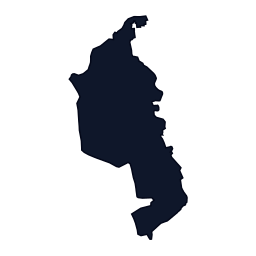 Ar-Rastan, Homs (Hims), Syria, rotated 89°
{"feature_id": "27442178B10190550865888", "entity_name": "Ar-Rastan", "entity_type": "district", "adm_level": 2, "iso_a3": "SYR", "parent_name": "Syria", "parent_adm1": "Homs (Hims)", "projection": "orthographic", "projection_center": [36.766, 34.897], "detail": "fine", "context": "isolated", "style": "filled", "palette": "ink", "viewbox_px": 256, "rotation_deg": 89, "n_neighbors": 0, "source": "geoboundaries", "source_scale": "gbopen_adm2", "svg_char_len": 4301}
<svg xmlns="http://www.w3.org/2000/svg" viewBox="0 0 256 256"><g transform="rotate(89 128 128)"><path d="M239.6,107.9L239.5,106.5L235.1,105.9L232.0,106.2L227.4,101.0L223.8,96.9L222.4,93.1L221.5,90.3L219.7,88.0L213.7,80.6L213.4,80.3L213.4,80.2L212.4,79.4L211.7,78.3L211.4,78.0L211.0,77.6L210.2,76.7L209.4,76.5L209.2,76.5L207.0,74.6L206.4,73.4L205.8,72.0L203.9,71.5L203.3,70.6L201.8,70.4L200.4,70.4L200.2,70.3L198.7,70.2L197.2,70.6L196.9,70.8L196.6,70.9L195.6,71.7L195.4,71.8L194.5,72.4L194.0,72.7L193.2,73.5L192.6,73.6L191.4,74.3L190.6,74.7L190.4,74.9L189.9,75.0L189.5,75.2L189.4,75.3L189.0,75.5L185.1,76.0L180.5,76.6L178.8,74.1L171.4,77.2L168.7,75.8L165.7,78.3L165.3,78.7L159.2,83.9L158.1,84.9L155.6,85.7L154.1,84.1L152.8,84.8L152.6,86.0L151.4,84.8L149.5,83.8L147.7,84.4L147.2,85.4L147.3,85.7L147.7,86.7L148.5,90.6L143.5,92.2L142.7,92.5L142.1,92.8L141.4,93.1L140.5,93.4L139.1,94.1L137.7,95.3L136.8,95.4L136.6,95.5L135.9,95.4L135.3,95.4L135.5,93.5L134.7,94.0L133.4,93.5L132.6,93.4L131.7,93.5L131.2,93.8L130.7,93.5L129.0,90.8L127.6,91.3L122.6,90.8L119.9,92.8L117.9,99.5L117.1,100.3L116.8,100.6L116.5,100.9L116.3,101.0L116.2,101.1L116.2,101.3L116.0,101.5L115.7,101.7L115.1,101.7L114.8,101.7L114.7,101.7L114.5,101.8L114.4,101.8L114.0,101.8L113.8,101.8L113.6,101.8L113.4,101.8L113.1,101.9L112.9,102.0L112.7,102.0L112.3,102.0L112.1,102.0L111.8,101.9L111.7,101.8L111.5,101.6L111.3,101.4L111.0,101.1L110.9,100.9L110.9,100.7L111.0,100.0L111.1,99.4L111.2,98.9L111.3,98.6L111.2,98.0L111.1,97.6L110.9,97.5L110.7,97.3L110.6,97.1L110.4,97.0L110.1,96.9L109.5,96.9L109.0,96.9L108.5,97.0L107.9,96.9L107.4,97.1L107.2,97.2L107.0,97.3L106.7,97.4L106.2,97.6L106.0,97.8L105.9,97.9L105.8,98.1L105.9,98.3L106.0,98.5L106.0,98.9L106.0,99.6L106.0,100.2L106.1,100.8L105.9,102.3L105.9,102.6L105.6,102.8L104.3,103.1L104.0,103.4L103.6,103.5L103.2,103.8L102.6,103.7L102.2,103.7L102.0,103.3L102.0,103.1L101.7,102.4L101.4,101.2L101.0,100.3L101.3,97.0L101.3,96.3L101.2,95.7L100.7,95.4L100.0,95.1L97.6,94.2L94.9,93.0L93.9,92.9L92.7,93.1L92.0,93.9L90.9,96.4L90.0,97.6L87.9,99.6L85.8,100.8L83.6,100.9L80.1,99.3L78.7,98.9L75.7,100.1L73.9,101.4L67.4,108.1L65.6,111.3L63.6,112.1L61.3,115.8L57.4,117.2L56.6,120.7L56.5,122.1L54.2,123.0L50.2,123.2L44.3,124.4L42.2,124.8L39.9,123.9L39.8,122.7L39.0,121.8L38.4,121.6L37.7,120.0L37.6,119.4L36.3,119.5L34.6,119.8L34.4,119.8L33.5,119.9L33.3,119.9L31.5,120.1L30.2,120.3L30.2,120.0L28.7,120.0L28.7,120.8L28.8,122.1L28.9,122.8L27.3,122.9L25.6,122.5L25.0,122.4L24.6,123.0L24.3,123.4L23.7,123.5L23.7,122.6L23.3,121.9L22.9,120.9L21.1,120.4L21.1,119.2L22.0,119.1L23.3,118.8L23.1,117.8L24.7,117.6L25.7,117.5L26.6,117.4L27.5,117.3L27.3,114.8L27.4,113.8L26.4,113.9L26.0,114.0L25.9,112.4L26.0,110.2L24.6,110.3L24.6,108.5L23.8,108.4L22.5,108.5L21.0,108.6L20.6,107.4L20.4,106.6L16.4,108.3L17.0,114.2L16.8,120.0L18.9,125.8L22.4,129.2L25.2,130.3L28.4,132.2L30.0,134.5L31.3,136.4L32.8,137.5L32.1,139.4L32.3,139.6L33.0,140.1L33.7,140.6L34.6,141.2L39.3,140.9L39.3,141.1L38.8,145.4L39.0,145.7L45.5,154.0L45.9,154.9L46.7,156.9L48.6,161.4L51.8,162.8L55.6,164.0L58.5,164.0L61.7,164.2L63.9,164.9L65.9,165.7L67.8,166.3L68.4,166.5L69.1,166.8L72.4,171.0L73.0,171.8L74.3,175.8L74.5,176.6L72.9,180.7L73.0,182.2L74.0,183.5L75.8,184.0L78.1,185.8L78.3,185.6L78.5,185.5L79.9,184.3L80.3,184.1L81.4,183.1L90.8,177.6L91.1,177.5L92.1,176.9L93.9,176.2L96.0,175.4L97.9,176.3L102.5,178.6L107.3,177.8L109.5,177.5L114.2,177.3L118.2,177.1L118.4,177.1L120.4,177.0L125.5,176.7L129.5,176.6L130.0,176.5L140.1,174.8L147.0,174.6L149.3,174.6L149.8,174.0L149.9,173.9L151.5,172.2L154.0,167.8L156.5,162.1L157.6,159.4L157.7,159.2L162.4,146.9L163.0,145.9L166.3,140.1L166.9,137.7L163.2,130.1L162.8,129.4L162.4,128.5L162.9,127.7L163.1,127.5L163.2,127.3L163.3,127.2L163.8,126.4L169.4,124.9L170.8,124.7L173.0,124.3L177.8,123.4L181.8,122.2L182.5,122.0L183.7,121.7L184.5,121.6L189.0,121.0L190.4,120.9L195.4,120.3L195.8,120.3L196.4,120.2L196.9,120.1L197.7,119.0L198.3,114.8L198.1,105.4L199.6,104.1L200.2,103.5L200.2,103.4L200.6,103.1L200.8,103.3L202.1,105.0L203.2,106.3L203.3,106.3L206.1,106.5L208.5,116.6L212.8,123.7L214.1,125.8L214.5,125.6L218.7,123.7L222.7,122.3L222.9,122.2L230.1,120.4L234.3,119.9L235.2,118.1L235.8,116.9L234.6,110.9L234.9,110.7L235.5,110.3L236.3,109.9L238.3,108.8L239.6,107.9Z" fill="#0f172a" stroke="#020617" stroke-width="1.5"/></g></svg>